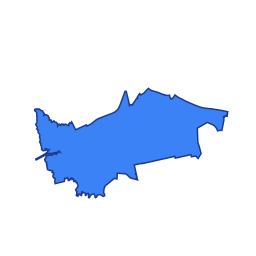 outline of Albert-Eden Local Board Area, Auckland, New Zealand, rotated 333°
{"feature_id": "76426892B596097138687", "entity_name": "Albert-Eden Local Board Area", "entity_type": "district", "adm_level": 2, "iso_a3": "NZL", "parent_name": "New Zealand", "parent_adm1": "Auckland", "projection": "natural_earth1", "projection_center": [174.717, -36.878], "detail": "fine", "context": "isolated", "style": "filled", "palette": "blue", "viewbox_px": 256, "rotation_deg": 333, "n_neighbors": 0, "source": "geoboundaries", "source_scale": "gbopen_adm2", "svg_char_len": 5528}
<svg xmlns="http://www.w3.org/2000/svg" viewBox="0 0 256 256"><g transform="rotate(333 128 128)"><path d="M66.9,91.2L66.6,90.2L65.8,89.8L65.4,88.7L65.4,88.3L65.1,88.0L64.0,88.3L63.3,88.0L62.1,88.7L62.3,88.4L62.5,87.8L63.0,87.3L63.1,86.4L62.9,85.7L62.0,85.6L61.8,85.4L61.6,85.5L61.4,85.2L62.0,84.4L62.2,83.6L62.4,83.3L62.4,83.0L62.2,82.4L62.4,81.4L62.3,80.8L62.1,80.7L61.5,79.4L60.9,78.9L59.3,78.5L57.9,78.9L58.8,78.5L59.3,78.1L59.9,78.2L59.9,77.2L59.7,76.6L59.8,75.8L59.5,74.9L59.6,74.0L58.2,72.6L58.0,71.7L57.5,70.8L57.2,70.7L56.3,70.8L56.2,70.0L55.3,69.5L54.5,69.5L53.8,69.0L53.2,69.3L52.8,69.8L52.8,70.3L53.4,71.7L53.4,71.9L53.6,72.1L53.7,72.5L52.5,75.4L51.9,76.5L51.7,77.3L51.0,78.4L49.8,81.1L48.9,82.2L48.3,82.3L47.9,82.7L47.5,82.8L47.3,84.3L47.7,85.1L47.6,85.3L47.8,85.6L47.6,86.2L46.8,87.3L46.6,87.1L46.3,87.3L46.7,87.7L46.7,88.1L47.0,88.6L46.6,89.0L46.8,89.6L45.9,91.1L45.9,91.5L46.0,91.9L46.0,92.3L46.4,93.0L46.2,94.3L45.8,94.8L44.8,96.6L44.7,98.3L42.9,100.5L42.8,100.8L42.8,101.0L43.4,101.4L43.4,101.9L42.5,103.8L42.6,104.3L42.5,105.0L42.3,105.7L42.0,106.1L41.8,107.4L41.7,107.7L41.2,108.0L42.1,109.8L42.3,109.9L42.5,109.8L42.9,109.9L43.8,110.5L44.3,110.6L44.7,110.3L45.1,110.3L45.9,110.1L45.5,109.1L45.3,109.1L45.9,109.6L45.9,109.9L46.6,110.6L46.8,111.3L47.3,111.4L47.0,111.5L46.3,111.4L46.5,111.7L46.1,111.6L45.6,112.5L45.8,112.9L40.3,113.6L31.7,113.8L31.7,114.8L44.1,114.5L46.5,115.0L46.3,115.2L46.5,115.4L46.9,115.5L47.0,116.3L47.6,116.0L48.9,116.0L51.1,116.7L51.8,116.7L52.0,116.9L52.0,117.1L52.3,117.2L52.8,117.9L53.4,118.2L53.4,117.7L53.6,117.4L54.7,117.5L55.1,117.4L55.5,117.0L55.9,117.1L56.2,117.3L56.4,118.4L56.4,118.6L55.9,117.9L55.8,117.5L55.5,117.4L53.8,118.3L53.7,118.3L53.3,118.4L53.0,118.7L52.1,118.7L51.8,118.9L51.7,118.7L51.9,118.0L51.7,117.7L50.8,117.5L50.4,117.5L50.2,117.4L49.0,117.5L48.5,117.9L48.5,118.5L48.3,117.9L47.9,117.6L47.1,117.4L46.4,116.9L46.2,116.1L44.6,116.4L43.2,115.7L41.9,116.3L41.1,117.3L40.5,117.4L40.1,117.8L39.5,118.2L39.3,118.6L39.4,119.3L39.1,120.1L39.5,121.3L39.8,121.6L39.9,121.9L39.4,122.3L39.1,123.1L39.1,124.2L38.8,124.1L38.8,124.6L38.2,125.6L38.0,126.9L37.6,127.7L37.5,128.5L37.6,128.8L39.4,130.7L40.0,130.7L40.4,130.3L40.2,130.9L40.8,131.3L41.0,131.7L40.8,132.3L40.1,133.1L40.3,133.4L40.7,133.8L41.0,133.7L40.9,133.9L41.3,134.6L41.0,135.0L40.8,135.6L40.3,135.9L39.8,135.9L39.0,137.3L39.2,138.1L39.1,138.8L39.9,139.3L39.9,140.2L40.1,140.4L39.3,141.0L39.1,141.5L38.6,142.2L37.8,144.5L47.0,146.7L48.4,144.7L48.4,144.9L51.4,144.7L51.4,145.2L51.3,145.6L51.6,146.2L50.9,147.5L51.0,147.7L51.6,148.1L52.3,147.4L52.6,147.3L53.6,148.1L54.0,147.7L53.8,147.2L53.9,146.9L54.3,146.6L54.6,146.7L55.0,147.3L55.8,147.8L56.0,148.1L55.3,148.5L55.5,148.8L55.9,148.6L56.2,148.9L55.7,149.9L55.7,150.7L55.4,150.7L55.4,151.1L55.8,151.3L57.0,151.0L57.4,151.3L57.4,151.6L57.0,152.2L57.1,153.2L57.8,153.4L58.0,153.6L57.5,154.5L57.6,155.6L57.4,156.4L56.8,157.3L55.5,158.2L54.5,158.5L53.9,159.2L53.3,159.3L53.1,159.9L53.6,161.5L53.1,162.1L53.0,162.7L52.6,163.2L52.9,163.9L52.6,164.3L52.0,164.1L51.5,164.2L51.3,164.8L52.4,166.0L54.2,164.8L54.5,165.2L55.0,165.0L55.3,165.5L55.5,166.8L55.8,167.1L56.1,166.9L57.0,165.3L57.5,165.5L57.8,165.4L57.4,164.7L57.4,164.3L58.0,163.8L58.3,163.9L58.5,164.7L59.1,165.2L59.2,165.5L59.6,165.7L60.4,166.8L60.4,167.3L59.9,167.5L59.5,168.3L59.7,168.9L60.3,168.8L61.8,167.9L62.3,168.0L63.0,168.4L63.1,168.7L63.0,169.3L62.6,169.6L62.3,169.7L61.9,170.3L62.0,171.8L61.6,171.8L61.3,172.0L61.6,172.5L62.3,172.5L62.8,171.8L63.4,171.4L65.2,170.9L65.9,170.8L67.7,171.1L67.8,171.4L67.8,172.5L67.6,173.5L67.2,175.1L67.3,175.3L68.6,175.3L70.3,174.0L72.6,174.5L73.4,175.0L74.4,177.1L74.8,177.7L76.3,177.8L76.7,177.4L76.9,176.1L77.0,175.9L76.9,174.5L79.2,171.1L79.9,170.6L81.2,169.3L92.7,166.7L95.1,168.3L98.0,163.4L105.4,168.0L107.5,173.6L113.0,178.6L113.2,177.5L112.6,177.0L113.1,175.9L113.6,176.0L114.4,173.0L113.7,172.7L113.8,172.4L114.0,172.5L114.1,172.2L114.5,172.4L116.8,163.8L124.6,165.8L124.5,166.2L156.9,174.5L156.4,176.3L172.0,180.3L171.4,182.4L175.8,183.8L176.2,185.7L176.6,187.0L181.5,184.0L183.0,177.3L183.7,172.5L189.7,159.6L201.2,159.0L204.9,163.5L206.1,165.5L206.5,167.0L206.7,168.5L206.7,169.7L206.5,171.2L210.4,172.3L210.6,172.7L217.2,164.3L218.2,161.5L218.8,162.2L219.2,162.0L219.7,161.2L220.6,161.8L221.5,162.2L221.3,162.4L221.6,162.6L222.6,161.1L222.2,160.9L222.8,160.2L223.1,160.4L224.3,158.8L218.9,154.5L210.6,148.5L206.0,145.6L203.3,143.5L200.9,141.3L198.2,138.3L192.0,130.8L187.1,124.1L185.6,121.5L184.9,119.9L181.2,121.8L180.5,121.9L179.4,121.6L179.6,120.7L179.2,120.6L179.1,120.4L179.6,118.7L179.9,117.6L179.1,117.4L177.6,116.7L175.7,115.4L175.8,115.1L173.7,113.2L170.9,109.9L165.9,105.2L165.0,103.9L164.2,102.0L161.7,102.7L157.6,104.3L154.2,104.2L154.3,103.5L154.0,102.6L150.1,104.8L150.0,106.0L148.8,105.7L142.9,109.1L142.7,108.9L142.4,109.1L142.5,109.3L142.2,109.5L141.1,108.4L139.5,108.8L140.6,105.0L142.8,95.5L143.1,94.6L142.0,94.0L131.6,103.7L129.5,105.4L128.2,106.3L127.2,106.8L124.9,107.5L123.3,107.8L121.4,107.8L106.1,106.2L103.4,106.3L97.0,107.6L94.4,107.7L92.3,107.6L92.4,106.3L80.5,105.8L80.6,97.3L80.5,97.0L79.7,98.2L79.2,98.0L78.6,96.9L78.0,97.2L77.3,97.3L77.0,97.6L77.0,97.9L76.9,98.2L76.4,99.0L75.9,98.6L75.8,98.1L74.7,97.3L74.5,96.6L74.1,96.2L73.4,96.0L72.7,96.6L71.9,96.3L72.0,95.2L70.7,94.3L70.0,94.5L69.4,95.2L68.8,94.8L68.9,94.1L68.7,93.5L68.4,93.2L67.9,93.2L67.2,93.5L66.6,94.0L66.3,94.2L66.6,93.6L66.4,93.0L66.5,93.2L66.8,92.9L67.0,92.3L67.0,91.9L66.8,91.4L66.9,91.2Z" fill="#3b82f6" stroke="#1e3a8a" stroke-width="1.5"/></g></svg>